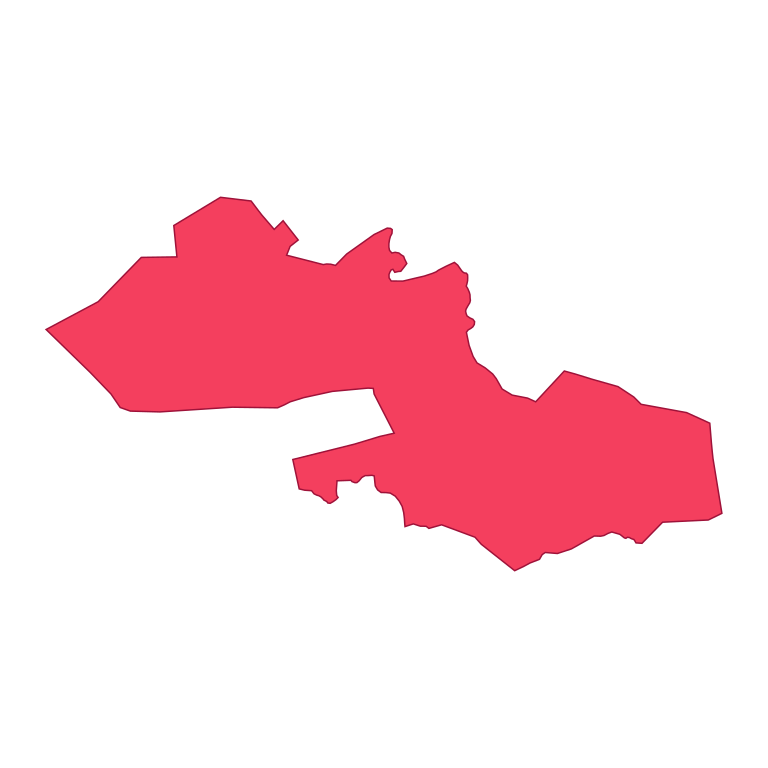 Shinkafi, Zamfara, Nigeria (Robinson projection)
{"feature_id": "59680162B85493721249292", "entity_name": "Shinkafi", "entity_type": "district", "adm_level": 2, "iso_a3": "NGA", "parent_name": "Nigeria", "parent_adm1": "Zamfara", "projection": "robinson", "projection_center": [6.482, 13.036], "detail": "fine", "context": "isolated", "style": "filled", "palette": "rose", "viewbox_px": 768, "rotation_deg": 0, "n_neighbors": 0, "source": "geoboundaries", "source_scale": "gbopen_adm2", "svg_char_len": 2661}
<svg xmlns="http://www.w3.org/2000/svg" viewBox="0 0 768 768"><path d="M338.1,497.5L336.7,495.4L336.3,490.7L337.0,480.8L350.9,480.3L352.0,481.6L355.0,482.7L356.9,482.6L359.1,480.8L361.7,477.6L362.6,477.0L365.2,475.6L367.6,475.6L371.9,475.3L374.2,475.9L374.9,482.7L375.3,486.0L377.6,489.9L381.1,492.5L386.1,492.6L390.3,493.1L395.3,496.2L399.3,501.2L402.2,506.5L403.7,512.6L404.4,518.4L404.7,523.3L405.0,526.6L413.3,523.9L417.0,525.1L420.4,526.2L423.2,526.2L426.2,526.3L428.9,528.4L441.6,524.8L475.0,537.2L481.3,544.3L514.7,570.7L524.1,566.2L530.0,563.0L539.5,559.3L542.2,554.6L545.2,552.5L557.4,553.5L571.4,548.9L594.3,536.0L600.6,536.2L604.0,535.5L608.0,533.4L611.8,532.0L619.8,534.3L621.5,535.6L623.0,536.8L624.4,537.9L625.9,538.3L627.3,537.3L629.3,537.5L631.4,538.7L633.9,539.5L634.9,541.0L636.0,542.9L642.0,543.3L662.6,522.2L708.3,520.0L721.9,513.3L713.0,458.6L712.3,452.2L711.4,442.8L709.8,423.2L686.6,412.6L664.1,408.5L641.1,404.3L633.8,397.0L618.0,386.6L591.9,379.2L575.1,374.0L564.3,371.0L535.7,401.8L527.6,398.1L512.2,395.1L502.1,389.0L496.2,378.6L492.7,374.0L485.2,367.9L477.0,362.9L473.1,356.4L469.1,345.4L467.1,335.7L466.4,332.2L468.2,329.9L470.7,328.5L472.8,326.9L474.3,324.5L474.6,321.6L472.9,319.3L469.7,317.8L467.0,315.9L466.1,313.5L465.6,311.1L466.1,309.1L467.7,306.2L469.8,302.7L470.4,300.3L470.1,298.0L470.0,294.8L469.3,292.2L467.7,288.5L466.2,286.1L466.6,285.0L467.0,283.5L467.6,280.7L467.7,277.8L467.6,274.8L466.4,273.2L464.2,272.9L462.6,271.8L461.6,270.7L460.0,268.4L457.7,265.1L454.4,262.4L446.2,266.2L438.4,270.2L436.2,271.8L432.4,273.4L424.2,276.1L417.3,277.7L402.9,281.1L391.2,281.0L389.1,277.9L389.0,274.5L389.8,272.3L391.2,269.9L392.9,269.3L394.8,272.3L398.3,271.5L400.8,271.3L404.5,266.6L406.8,263.5L404.7,259.2L403.6,256.3L401.3,254.9L398.9,253.0L395.1,252.3L394.2,252.5L391.9,253.0L390.6,251.6L389.8,250.7L389.5,250.3L388.9,247.2L388.9,243.6L389.5,239.7L390.4,236.4L391.6,234.2L392.0,233.3L392.2,229.6L390.6,228.4L387.2,228.1L374.1,234.5L346.7,254.0L335.5,265.4L330.7,264.2L326.6,264.0L323.3,264.6L286.6,255.2L290.1,246.4L298.2,240.0L283.1,220.7L274.2,229.4L261.8,215.0L258.3,210.5L251.1,201.0L220.5,197.3L173.8,225.5L176.9,256.9L141.3,257.4L98.2,301.7L46.1,329.5L90.2,372.4L111.0,394.0L120.2,407.5L130.4,411.1L159.9,411.9L232.4,407.2L277.6,407.8L284.4,404.8L290.2,401.8L303.8,397.6L332.3,391.4L368.0,388.1L373.3,388.4L374.1,394.0L394.2,433.2L380.0,436.4L354.6,444.1L292.8,459.5L299.2,488.9L304.6,490.2L311.6,490.7L314.0,493.8L316.9,495.2L318.8,495.7L320.9,496.9L323.0,498.9L323.9,500.1L325.6,500.9L326.9,501.7L327.8,503.0L330.2,503.3L333.2,501.6L336.0,499.6L338.1,497.5Z" fill="#f43f5e" stroke="#9f1239" stroke-width="1.5"/></svg>